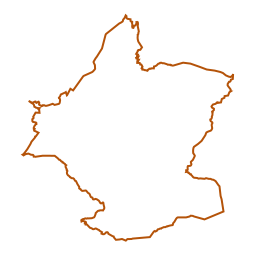 outline of Juchitlán, Jalisco, Mexico
{"feature_id": "50627088B62561393474891", "entity_name": "Juchitlán", "entity_type": "district", "adm_level": 2, "iso_a3": "MEX", "parent_name": "Mexico", "parent_adm1": "Jalisco", "projection": "mercator", "projection_center": [-104.048, 20.063], "detail": "fine", "context": "isolated", "style": "outline", "palette": "amber", "viewbox_px": 256, "rotation_deg": 0, "n_neighbors": 0, "source": "geoboundaries", "source_scale": "gbopen_adm2", "svg_char_len": 5738}
<svg xmlns="http://www.w3.org/2000/svg" viewBox="0 0 256 256"><path d="M233.1,74.0L232.8,75.0L232.3,75.7L230.7,77.0L228.9,76.7L225.9,75.4L222.9,73.0L220.4,72.0L214.7,70.6L206.7,69.5L199.8,66.9L190.4,63.6L183.1,62.7L173.5,65.5L172.6,65.6L171.3,65.3L171.1,65.0L170.5,65.1L170.2,64.7L169.1,64.8L168.2,64.6L167.7,64.7L166.9,64.2L163.8,63.2L162.8,63.3L161.1,62.7L160.0,62.9L159.7,63.4L158.3,63.7L156.4,65.6L154.7,66.4L154.0,66.5L153.8,68.4L152.0,68.3L151.7,68.5L151.1,68.4L150.6,68.8L149.4,68.7L148.9,69.2L147.9,69.8L147.7,70.5L147.3,70.8L145.9,70.2L144.9,70.2L143.7,69.7L142.3,69.6L142.2,69.0L142.3,68.7L141.6,68.3L141.9,67.5L142.2,67.6L142.5,66.7L141.3,64.5L140.2,64.5L139.7,63.0L137.2,62.9L137.3,61.4L138.1,61.3L138.8,59.9L137.6,60.1L137.7,58.9L136.4,58.5L136.2,57.9L138.0,57.6L138.1,57.0L138.5,56.4L137.0,56.2L137.2,54.8L137.9,54.9L138.0,54.6L136.2,53.9L137.9,51.0L137.2,51.0L138.3,50.4L138.4,50.0L140.3,49.8L142.0,47.3L138.3,41.6L137.7,39.1L137.6,37.3L137.8,35.5L137.6,34.9L138.3,34.0L138.4,32.7L138.8,31.4L137.7,26.0L138.0,24.0L137.8,22.3L137.1,21.9L136.4,22.1L136.6,22.9L135.6,25.1L134.7,25.8L133.8,25.7L133.6,26.6L133.6,27.6L133.4,27.9L132.5,27.7L132.2,26.6L132.3,24.2L131.9,22.8L132.3,22.0L132.1,21.7L131.1,21.5L130.6,21.1L130.5,20.3L130.5,19.3L127.5,18.8L127.0,18.5L126.5,17.6L126.3,16.8L126.5,16.2L125.7,15.4L124.6,17.9L123.2,19.6L122.7,21.4L121.3,22.4L119.2,23.5L106.0,34.0L105.6,34.7L102.0,48.5L96.9,56.6L95.6,58.3L93.6,61.7L93.6,62.4L94.9,65.1L95.1,68.8L94.7,69.5L93.1,71.3L92.1,72.1L83.9,75.8L83.2,76.3L73.1,90.4L70.4,88.8L67.1,95.1L66.9,95.3L65.8,92.1L65.2,92.5L60.8,94.5L60.0,96.5L58.9,97.8L59.0,98.2L59.7,98.7L59.9,99.1L60.1,100.3L59.7,102.8L59.3,103.5L58.8,103.9L54.6,104.9L52.7,103.8L48.8,105.2L46.4,105.8L45.4,105.8L44.1,105.2L43.7,105.2L42.8,105.7L42.6,105.4L41.4,106.2L40.9,105.5L39.5,105.0L39.1,104.6L39.0,104.2L39.3,102.8L38.6,101.7L38.3,101.7L36.6,102.9L36.1,102.7L35.6,101.6L35.2,101.5L32.5,102.7L32.1,102.7L28.7,100.9L31.3,102.8L33.5,104.1L34.0,105.1L34.4,106.8L35.5,107.2L35.8,107.6L37.7,108.1L39.6,108.1L39.3,108.8L38.6,109.4L39.2,110.0L39.5,112.8L35.6,112.6L33.2,116.8L33.6,117.9L33.0,118.7L32.3,119.2L32.4,121.2L33.0,121.9L35.9,122.5L36.4,123.1L36.1,123.9L37.2,123.9L35.6,124.3L35.0,125.4L34.5,125.9L33.7,127.9L33.8,128.9L34.6,129.0L34.1,130.3L34.4,130.9L34.8,130.9L38.5,132.7L35.9,136.3L35.1,136.6L35.1,137.4L31.5,141.7L30.4,144.1L27.3,149.2L25.3,151.9L23.2,154.5L23.1,154.4L22.9,154.5L23.1,154.6L22.9,154.9L23.6,155.4L24.6,154.7L26.1,154.0L28.5,153.6L30.9,154.7L33.0,154.9L33.5,155.4L33.7,156.5L34.0,156.4L35.2,156.8L42.9,155.7L54.7,155.8L57.7,158.2L59.2,159.8L59.8,159.8L60.5,160.4L61.2,161.3L62.4,161.8L62.6,162.0L62.4,162.2L62.5,162.5L63.2,162.7L65.1,164.1L65.2,164.5L66.2,165.2L65.6,165.9L65.6,167.0L66.8,169.4L66.6,169.7L66.7,170.2L67.4,171.0L66.9,172.2L67.0,173.7L67.9,175.2L69.4,176.3L69.9,177.1L70.3,177.1L71.4,178.1L73.3,178.3L74.1,179.0L75.0,180.7L76.0,181.1L77.6,184.4L79.2,186.8L79.2,188.4L79.7,188.8L80.5,189.1L80.7,189.6L82.0,190.8L82.6,190.9L84.0,190.7L85.7,190.5L86.2,190.7L88.0,192.9L88.8,193.3L89.7,194.2L90.6,196.6L91.0,197.1L92.4,197.6L92.9,199.1L93.2,199.4L94.1,199.4L95.5,198.9L96.8,199.3L98.9,200.7L100.4,203.1L100.7,203.3L101.6,203.3L102.8,202.5L103.2,202.6L103.4,203.0L103.5,204.3L104.3,207.4L104.2,208.7L103.2,210.0L103.1,210.4L100.0,210.3L99.4,210.7L98.6,210.7L97.8,211.0L95.7,213.1L95.6,214.0L94.7,216.4L94.1,217.3L91.8,218.2L88.6,218.4L87.5,218.3L87.1,218.5L86.6,218.6L85.6,218.4L85.1,218.4L84.4,218.9L83.1,219.0L82.4,219.7L81.8,219.7L81.4,220.0L81.3,220.5L81.5,221.4L81.9,221.1L83.5,221.1L85.1,221.6L85.8,222.0L85.9,222.4L85.1,222.4L84.8,223.5L85.7,223.9L85.7,224.5L86.6,224.4L87.0,224.6L89.9,227.7L91.7,228.3L92.7,229.1L93.7,229.2L95.5,228.5L96.2,228.6L98.1,229.7L98.9,229.9L99.5,230.7L102.0,232.2L101.5,233.6L102.9,234.2L103.9,234.2L105.3,233.3L106.2,232.3L107.2,232.2L107.6,232.3L108.1,232.9L108.4,233.8L112.6,236.2L113.7,236.5L114.0,237.5L115.9,239.8L119.3,239.5L122.0,239.0L125.8,240.6L127.4,239.1L131.5,239.0L132.6,238.6L149.9,237.1L153.9,231.5L154.8,231.0L155.4,231.5L156.7,230.9L157.2,230.4L157.4,229.8L157.9,229.3L158.8,229.2L160.2,228.5L161.1,228.6L161.4,228.2L163.9,227.1L165.4,227.1L167.2,226.2L167.5,226.4L168.7,225.9L169.8,225.6L171.2,225.3L172.6,225.1L172.9,224.7L172.9,224.0L173.3,223.0L174.4,221.8L176.2,218.7L177.0,217.8L177.8,217.4L186.1,217.4L189.6,216.5L190.7,215.7L191.8,215.8L192.8,215.9L194.1,216.5L204.5,219.4L223.5,211.5L221.6,199.3L220.6,196.0L219.5,186.3L218.4,185.1L215.6,181.1L213.5,179.8L211.8,179.5L210.7,178.9L209.0,178.9L206.2,178.2L205.6,178.3L205.2,178.6L204.4,178.8L200.3,178.4L198.4,178.6L197.2,178.0L194.0,177.7L193.0,177.0L192.0,175.7L191.0,174.8L191.0,174.3L190.9,174.2L190.0,174.2L189.3,173.2L188.6,173.1L188.3,172.3L187.6,172.3L186.6,171.8L186.1,171.9L186.3,171.3L186.1,170.7L186.2,170.2L187.2,170.3L187.7,169.8L187.6,166.9L187.9,166.1L190.2,165.8L190.8,165.5L191.2,164.9L191.4,164.3L191.3,163.7L190.9,162.7L190.9,161.8L192.9,159.9L194.7,156.2L194.8,155.7L194.5,155.1L193.2,153.1L193.1,151.0L193.2,149.3L193.5,147.8L194.0,146.8L198.1,143.9L201.6,140.9L205.4,135.1L206.0,133.3L206.5,132.4L208.3,131.5L210.6,130.7L211.2,130.3L212.0,128.9L212.2,128.1L211.7,125.3L211.8,124.1L212.3,123.6L212.4,122.7L212.2,122.3L210.7,121.1L210.3,120.1L210.3,119.5L210.9,119.3L211.5,118.6L211.9,117.5L211.8,116.7L212.4,115.1L212.5,113.8L212.2,112.0L212.7,112.1L212.8,111.1L213.9,110.0L213.9,108.7L211.9,107.5L211.5,106.4L213.0,104.5L215.7,103.8L216.8,102.5L217.6,102.3L217.8,102.9L221.0,102.4L221.8,99.0L224.4,97.8L224.6,96.1L228.1,95.5L229.3,92.3L230.8,91.3L230.3,91.2L230.7,90.3L230.7,89.8L230.3,89.0L228.0,86.0L227.6,85.3L227.7,83.9L229.0,81.8L229.8,81.8L230.6,81.0L230.9,79.7L232.8,79.0L233.1,74.0Z" fill="none" stroke="#b45309" stroke-width="2"/></svg>